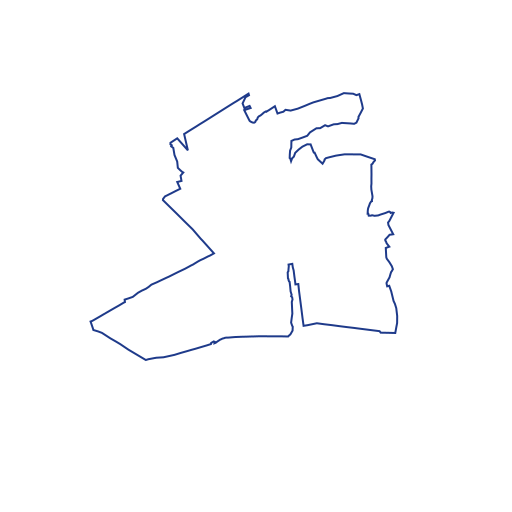 outline of Tenango del Aire, México, Mexico, rotated 326°
{"feature_id": "50627088B51440180010227", "entity_name": "Tenango del Aire", "entity_type": "district", "adm_level": 2, "iso_a3": "MEX", "parent_name": "Mexico", "parent_adm1": "México", "projection": "robinson", "projection_center": [-98.865, 19.149], "detail": "fine", "context": "isolated", "style": "outline", "palette": "blue", "viewbox_px": 512, "rotation_deg": 326, "n_neighbors": 0, "source": "geoboundaries", "source_scale": "gbopen_adm2", "svg_char_len": 5011}
<svg xmlns="http://www.w3.org/2000/svg" viewBox="0 0 512 512"><g transform="rotate(326 256 256)"><path d="M432.2,179.6L429.2,178.8L427.3,175.8L423.6,173.0L419.9,170.1L412.9,168.9L405.9,166.5L403.7,165.2L401.9,164.7L396.3,162.9L389.4,160.7L385.4,159.8L380.8,158.9L373.0,157.2L366.0,154.8L362.2,151.3L359.4,151.7L356.1,150.6L353.5,149.9L355.1,143.6L355.4,142.4L355.0,142.4L348.1,142.3L346.5,142.2L345.5,142.2L345.5,141.9L345.2,141.7L344.5,141.6L343.9,141.6L343.5,141.5L342.6,141.5L341.9,141.6L340.6,141.8L338.4,142.0L337.2,141.9L336.6,141.8L336.1,141.9L335.5,142.0L334.9,142.2L333.9,143.0L333.3,143.4L332.8,143.4L332.0,143.5L331.4,143.7L330.7,144.3L329.9,144.5L329.2,144.5L328.4,144.0L327.8,143.4L327.2,142.5L327.0,142.1L326.7,141.6L326.5,141.1L326.3,140.5L326.4,139.3L327.8,128.5L334.3,130.3L334.6,128.0L329.1,126.8L330.2,122.0L336.1,118.5L340.1,118.8L340.6,117.2L333.6,117.0L326.7,116.8L323.2,116.6L320.2,116.5L314.1,116.3L307.3,116.1L300.6,115.9L293.8,115.7L287.7,115.5L283.1,115.3L278.9,115.2L271.1,114.9L264.6,114.7L261.6,122.5L258.6,130.3L256.5,114.4L248.4,114.3L247.5,115.6L248.1,117.1L247.0,117.7L247.9,120.1L244.9,126.7L243.5,133.6L240.5,139.2L241.2,142.6L241.8,144.9L242.4,146.1L238.4,147.2L236.2,152.1L232.1,150.6L230.8,157.9L225.7,157.2L221.5,156.7L213.9,155.7L210.9,156.7L210.1,157.6L211.6,165.0L213.9,176.2L216.1,187.4L218.4,198.6L219.8,210.7L220.3,213.5L222.6,230.3L218.0,229.9L215.9,229.5L213.3,229.2L210.7,228.9L209.1,228.6L207.2,228.3L204.9,228.1L200.5,227.9L199.3,227.9L196.6,227.5L195.2,227.4L190.1,226.9L182.8,225.8L179.1,225.3L172.1,224.4L169.9,224.0L162.9,222.9L159.4,222.4L153.5,221.3L152.7,221.3L149.8,221.6L146.5,221.6L143.3,221.1L142.4,220.9L137.7,220.5L131.0,221.0L126.8,219.9L122.7,218.7L121.6,220.9L120.2,220.7L114.6,220.4L109.6,220.0L103.9,219.6L96.6,219.1L93.1,218.9L86.1,218.4L83.8,218.2L82.2,217.8L82.0,218.6L80.2,225.2L79.8,226.4L82.9,230.2L85.3,233.6L89.2,242.8L92.1,248.7L94.2,253.2L97.9,262.4L98.0,262.6L101.4,269.8L103.1,273.4L106.5,280.6L109.1,281.4L114.2,283.6L114.5,283.7L115.5,284.2L116.3,284.5L122.6,288.2L126.1,289.6L133.2,292.4L139.5,294.3L146.5,296.6L150.0,297.7L153.5,298.9L160.5,301.1L164.9,302.5L169.4,303.8L170.2,303.0L173.2,303.2L173.8,304.1L172.8,305.1L174.1,305.4L175.2,305.3L177.0,305.3L178.6,305.3L179.5,305.3L180.3,305.5L181.3,305.6L182.3,305.8L183.3,306.2L184.6,306.5L186.0,307.2L186.5,307.6L187.3,308.1L193.2,311.4L199.2,315.1L203.4,317.8L204.4,318.4L206.6,319.8L207.3,320.2L209.1,321.4L212.3,323.4L214.8,325.0L217.0,326.5L223.8,331.2L225.6,332.4L226.8,333.2L231.8,336.6L235.0,338.8L235.5,339.2L235.9,339.5L237.7,340.7L238.4,340.5L238.9,340.4L239.1,340.4L239.3,340.4L240.7,340.2L244.6,338.3L246.9,335.2L247.0,334.0L247.7,331.4L247.9,330.8L250.9,327.4L253.9,324.1L255.9,320.8L260.0,314.1L262.0,312.4L262.9,310.4L262.6,309.0L263.8,308.2L264.9,304.7L267.2,300.5L269.4,296.2L269.2,295.5L269.6,293.9L270.0,293.4L270.0,292.4L273.1,287.3L274.5,286.6L274.7,286.2L275.9,284.7L277.4,282.9L278.2,281.3L281.7,282.8L280.2,285.9L279.1,289.1L276.4,294.4L274.1,299.1L272.8,301.6L275.4,302.9L272.2,308.9L268.6,316.1L264.0,325.3L260.0,333.2L256.4,340.5L260.1,342.2L264.5,344.0L268.9,345.8L269.2,346.1L274.7,351.0L280.3,355.8L285.8,360.7L291.4,365.6L297.0,370.4L299.7,372.8L305.3,377.7L310.9,382.6L316.4,387.4L316.5,389.3L322.5,393.5L328.4,397.7L332.6,393.4L335.5,390.5L339.5,384.7L343.1,377.7L344.4,373.4L344.9,370.2L348.3,361.0L349.8,355.2L347.8,354.5L348.5,352.7L348.8,351.9L349.2,351.3L349.6,351.0L350.0,350.8L354.9,348.3L355.3,347.9L357.7,345.9L358.5,345.3L359.0,344.9L359.3,344.8L359.5,344.7L359.9,344.6L362.1,343.5L362.9,340.4L363.1,335.8L363.1,335.4L362.9,331.4L363.3,329.9L368.1,321.9L371.7,322.8L371.4,318.5L371.9,316.6L371.8,315.6L372.4,314.6L376.0,313.8L378.6,313.1L380.8,314.2L381.9,314.7L382.2,312.2L383.1,304.4L384.2,302.1L386.1,301.5L394.2,297.1L393.2,296.1L391.7,295.6L391.8,294.8L391.5,294.1L391.2,293.6L390.2,293.3L387.2,292.7L382.2,291.2L380.0,290.7L376.8,289.0L375.0,287.1L373.8,286.8L372.0,285.6L372.8,283.6L372.8,283.4L372.3,283.2L374.2,280.7L375.1,279.7L375.7,279.1L378.4,277.2L379.3,276.5L380.0,276.0L381.9,275.2L382.8,275.4L383.5,274.2L384.8,273.2L386.0,271.6L388.8,265.4L390.5,262.6L392.1,260.7L395.1,256.2L397.4,252.9L402.8,244.7L404.1,244.7L406.0,243.8L408.1,243.3L408.6,242.2L404.0,236.2L399.5,230.2L395.9,227.8L392.4,225.4L388.9,223.0L386.2,221.2L381.8,219.1L378.4,217.5L371.9,215.1L368.7,214.0L366.9,214.3L366.2,215.1L362.8,216.7L361.3,210.3L361.5,208.9L361.5,208.6L362.4,203.1L361.8,202.7L361.8,202.2L363.7,194.0L363.2,193.7L360.9,192.0L355.6,191.3L350.9,191.6L346.2,192.4L342.9,194.8L340.6,195.2L338.1,197.0L338.9,194.5L338.7,193.6L340.9,190.6L343.2,187.7L345.9,185.8L347.1,184.1L349.7,180.4L353.1,181.0L356.1,182.6L361.1,183.9L365.7,185.0L369.9,183.7L377.5,183.9L380.7,185.9L386.4,186.2L388.2,188.8L394.1,190.3L397.3,192.2L401.7,193.7L402.4,194.3L408.4,198.9L411.3,201.3L413.8,201.6L417.8,199.3L418.0,199.2L418.7,198.0L422.9,195.8L427.1,193.5L428.7,189.7L430.3,185.2L432.2,179.6Z" fill="none" stroke="#1e3a8a" stroke-width="2"/></g></svg>